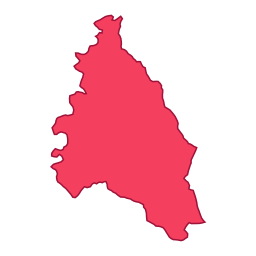 outline of Lagoa da Prata, Minas Gerais, Brazil
{"feature_id": "56859067B36173600570766", "entity_name": "Lagoa da Prata", "entity_type": "district", "adm_level": 2, "iso_a3": "BRA", "parent_name": "Brazil", "parent_adm1": "Minas Gerais", "projection": "natural_earth1", "projection_center": [-45.504, -19.999], "detail": "fine", "context": "isolated", "style": "filled", "palette": "rose", "viewbox_px": 256, "rotation_deg": 0, "n_neighbors": 0, "source": "geoboundaries", "source_scale": "gbopen_adm2", "svg_char_len": 3373}
<svg xmlns="http://www.w3.org/2000/svg" viewBox="0 0 256 256"><path d="M149.1,221.6L151.4,222.9L153.8,224.2L156.0,226.1L158.1,226.2L160.5,226.6L163.3,227.8L165.3,230.4L166.6,232.7L167.9,234.7L169.3,237.0L171.2,238.6L173.3,239.6L175.4,239.7L178.1,240.0L181.1,240.6L183.4,239.9L185.0,238.7L187.4,237.1L187.7,233.8L185.9,231.5L184.2,229.9L185.6,227.1L187.4,224.5L189.1,222.7L191.5,223.6L193.5,223.5L196.2,223.5L199.5,223.4L202.1,222.9L204.9,222.1L203.3,220.5L201.6,218.1L199.9,213.7L198.9,210.7L197.9,208.3L197.2,205.9L196.7,202.3L196.0,199.3L195.1,196.1L194.0,192.9L193.2,190.4L190.7,189.8L188.8,188.8L189.5,185.6L188.0,182.3L186.1,180.8L183.9,178.5L185.2,176.5L187.5,174.7L188.4,170.8L189.5,167.4L190.2,165.1L191.1,163.1L191.1,160.1L192.4,157.4L194.0,154.0L195.6,150.6L196.7,147.6L194.0,146.5L192.2,145.2L190.4,144.1L188.4,143.6L187.4,141.6L185.6,139.9L183.6,138.2L183.0,135.9L181.6,133.8L179.5,131.1L177.7,128.6L177.6,126.0L178.1,123.6L177.4,121.1L176.3,118.9L175.1,116.5L173.5,114.3L171.9,112.3L169.9,110.0L167.0,108.2L164.8,106.9L164.0,103.6L163.5,100.9L162.5,98.2L162.4,94.7L162.7,92.0L162.7,89.8L161.4,88.0L161.5,85.7L160.2,83.5L158.0,81.4L155.1,81.4L152.8,81.6L150.4,80.3L149.2,78.1L148.2,76.3L146.6,74.1L145.8,71.2L145.2,67.8L142.9,66.7L141.4,64.1L140.4,61.7L138.5,61.6L136.6,61.8L135.3,60.1L133.3,58.5L132.1,56.5L130.7,55.3L128.1,53.7L126.5,51.2L124.3,49.6L121.6,48.9L121.0,46.5L121.4,43.9L121.2,41.3L120.9,38.6L119.8,35.8L118.4,33.8L118.8,31.2L119.5,28.6L120.5,26.4L120.0,24.2L120.8,21.4L122.4,18.7L120.7,16.3L117.4,18.8L114.9,20.5L112.1,20.0L113.3,17.0L111.3,15.4L107.9,15.9L105.4,16.6L102.9,18.1L100.2,19.8L98.0,20.7L95.6,21.8L94.1,23.4L95.5,25.6L97.5,27.2L99.3,29.3L102.4,30.1L102.0,33.0L99.5,32.6L97.5,35.4L95.6,36.3L97.2,37.7L98.2,39.7L97.9,42.9L96.3,44.6L93.9,45.5L90.1,46.0L89.0,48.2L88.3,51.4L86.3,53.4L84.3,54.4L81.3,54.3L78.2,53.1L75.6,53.0L76.0,56.2L78.1,58.5L79.9,60.8L78.5,63.0L76.3,64.5L74.1,66.2L75.8,68.9L78.0,70.2L79.5,71.2L81.8,72.0L83.6,73.7L82.8,77.2L81.5,80.3L80.6,83.1L79.9,85.9L81.4,87.5L83.3,88.6L84.7,90.5L86.2,93.6L84.1,93.8L82.4,92.6L80.0,92.2L78.2,91.7L76.3,92.0L74.8,94.2L71.8,95.1L69.9,95.7L69.5,98.5L69.8,102.7L71.3,104.8L72.9,106.7L73.8,110.0L72.8,114.3L69.8,115.2L67.4,115.6L65.7,115.0L63.5,115.5L61.9,116.1L60.0,116.9L58.2,117.4L56.8,118.6L56.0,120.8L55.6,123.1L54.1,125.3L52.1,127.8L53.3,131.3L54.4,134.4L56.7,134.4L58.4,132.9L61.1,131.9L63.5,132.6L65.5,133.2L67.0,134.8L67.5,137.4L67.8,140.1L67.7,143.4L66.4,145.8L64.0,147.0L63.0,149.6L60.7,150.4L58.2,149.8L55.3,148.7L53.2,151.0L51.7,153.4L51.7,156.0L53.9,156.7L56.8,157.0L59.4,154.4L61.9,156.2L63.4,159.7L61.2,161.8L58.0,162.9L55.5,163.6L53.5,164.3L51.1,166.8L53.3,168.7L55.5,169.6L56.7,171.3L57.4,174.0L56.5,176.9L57.0,180.2L58.0,182.1L59.8,183.2L61.5,184.6L63.3,186.5L65.9,188.5L68.4,191.4L71.0,194.5L72.8,197.2L75.2,197.6L76.8,196.4L78.2,194.9L79.4,193.3L80.8,191.0L82.6,188.7L84.5,186.7L87.0,187.6L90.4,186.7L92.1,184.1L94.3,182.9L96.6,183.8L98.4,182.5L100.3,182.1L102.2,182.7L103.9,181.8L105.9,181.5L107.1,184.1L107.3,186.7L107.9,188.7L109.8,189.9L111.5,190.6L113.2,192.1L115.5,193.1L117.8,195.1L120.5,197.0L122.6,197.1L124.6,197.2L126.4,198.0L128.3,198.5L130.4,198.9L132.0,200.0L134.0,201.1L136.3,201.8L138.8,202.2L141.3,203.5L143.4,204.6L143.7,207.2L145.5,209.4L146.4,213.2L146.6,217.4L147.0,220.6L149.1,221.6Z" fill="#f43f5e" stroke="#9f1239" stroke-width="1.5"/></svg>